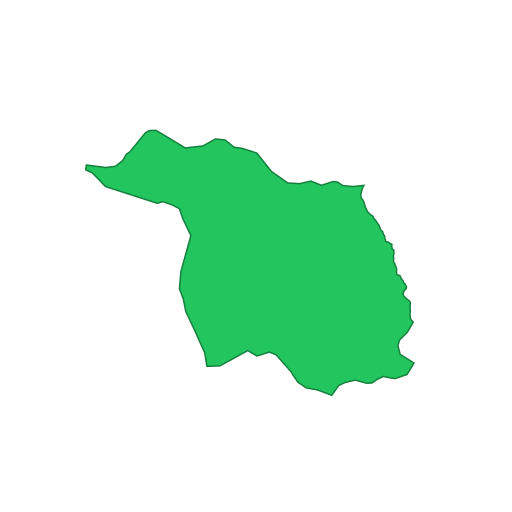 the district of Damara, Ombella-M'Poko, Central African Republic, rotated 304°
{"feature_id": "33826404B9315728863093", "entity_name": "Damara", "entity_type": "district", "adm_level": 2, "iso_a3": "CAF", "parent_name": "Central African Republic", "parent_adm1": "Ombella-M'Poko", "projection": "robinson", "projection_center": [18.896, 5.112], "detail": "fine", "context": "isolated", "style": "filled", "palette": "green", "viewbox_px": 512, "rotation_deg": 304, "n_neighbors": 0, "source": "geoboundaries", "source_scale": "gbopen_adm2", "svg_char_len": 3087}
<svg xmlns="http://www.w3.org/2000/svg" viewBox="0 0 512 512"><g transform="rotate(304 256 256)"><path d="M296.4,95.4L271.3,93.1L268.0,91.6L260.5,92.1L251.8,89.3L245.4,82.0L236.6,64.5L232.2,66.6L233.4,73.9L229.4,92.4L244.5,144.7L249.0,148.5L251.6,158.6L252.4,166.1L246.3,174.0L236.5,190.6L201.2,202.4L186.1,210.8L179.4,220.1L170.9,228.6L159.1,248.3L147.0,267.7L137.1,277.0L144.6,287.4L173.0,302.1L173.6,312.7L183.7,320.7L185.4,327.7L179.5,350.3L177.8,353.6L174.8,361.5L174.8,371.6L179.1,381.2L181.3,389.9L182.8,396.7L194.9,397.0L201.1,400.7L208.6,407.7L212.4,418.9L215.6,423.2L221.2,425.3L227.4,429.0L229.8,435.1L232.2,439.9L242.2,447.5L255.6,446.9L255.1,430.5L261.0,423.8L266.6,422.0L277.6,424.1L289.0,423.4L289.5,421.6L289.9,420.2L290.8,418.8L291.9,417.7L293.5,416.5L296.7,414.7L298.3,413.5L300.0,412.1L301.8,411.1L303.1,410.5L303.8,409.8L304.3,409.0L304.6,408.0L304.6,406.2L304.8,404.2L305.4,401.0L305.7,400.3L306.4,399.5L307.3,398.9L308.1,398.6L308.8,398.4L309.1,398.3L309.5,398.4L309.9,398.5L310.1,398.5L310.4,398.4L310.6,398.3L310.9,398.3L311.3,398.4L312.0,398.6L312.5,398.7L313.2,398.7L313.5,398.6L314.4,398.1L315.0,397.5L315.3,396.9L315.6,396.1L316.1,395.2L316.3,394.7L316.3,394.4L316.3,394.0L316.3,393.6L316.8,392.8L317.5,392.1L317.9,391.3L318.1,390.3L318.4,389.4L318.5,388.8L318.8,388.3L319.4,387.8L319.8,387.1L320.1,386.7L320.2,386.2L320.1,385.6L319.7,384.8L319.5,384.2L319.4,383.3L319.6,382.6L320.2,382.3L320.8,382.0L321.6,381.3L322.0,380.9L322.6,380.6L323.2,380.3L323.8,379.9L324.2,379.5L324.5,379.1L324.7,378.7L324.9,378.4L325.1,378.2L325.3,377.9L325.5,377.4L325.8,377.2L326.2,376.8L326.3,376.5L326.5,376.1L326.8,375.8L327.1,375.6L327.3,375.4L327.4,375.0L327.4,374.5L327.6,373.9L328.2,373.3L329.1,372.7L331.1,371.4L331.8,370.9L332.3,370.3L332.8,369.9L334.1,369.5L334.8,369.1L335.3,368.8L337.2,367.6L337.8,367.1L338.0,366.7L337.9,366.2L337.8,365.8L338.0,365.2L338.3,364.8L338.8,364.4L339.2,363.8L339.4,363.5L339.8,363.1L340.1,362.9L341.1,362.6L341.4,362.4L341.6,362.2L341.7,361.6L341.5,360.9L341.3,360.1L341.4,359.5L341.5,359.4L341.6,359.1L341.6,358.5L341.4,357.7L341.0,356.9L340.8,356.3L340.6,355.7L340.7,355.3L340.9,354.9L341.6,354.5L342.0,354.1L342.1,353.7L342.2,353.3L342.5,352.8L343.1,352.5L343.7,352.2L344.2,351.9L344.5,351.4L344.9,350.4L345.2,349.6L345.7,348.8L346.3,348.2L346.7,347.8L347.0,347.3L347.2,346.4L347.3,345.4L347.6,344.5L348.1,343.8L348.8,343.1L349.1,342.6L349.3,342.0L349.7,341.4L350.2,340.7L350.6,339.9L351.0,338.3L351.4,337.7L351.8,336.8L352.2,336.1L352.8,334.0L353.0,332.9L353.5,331.9L354.0,331.1L354.3,330.5L354.4,329.6L354.4,328.9L354.4,327.3L354.6,326.0L355.0,324.2L355.7,322.6L356.6,321.1L357.8,319.2L360.6,315.8L361.4,314.6L362.1,313.4L362.5,312.2L363.2,310.7L364.0,309.7L364.7,309.2L365.4,308.7L368.0,307.6L370.8,306.6L372.8,306.2L374.9,306.0L367.8,297.5L362.9,288.5L362.9,282.3L360.9,278.3L351.2,270.7L348.8,259.6L340.4,251.7L334.3,241.5L334.7,221.7L341.8,199.1L337.5,184.3L333.9,177.0L334.9,165.4L330.4,157.0L317.5,150.4L306.0,136.9L304.8,111.8L304.2,102.7L300.3,97.4L296.4,95.4Z" fill="#22c55e" stroke="#15803d" stroke-width="1.5"/></g></svg>